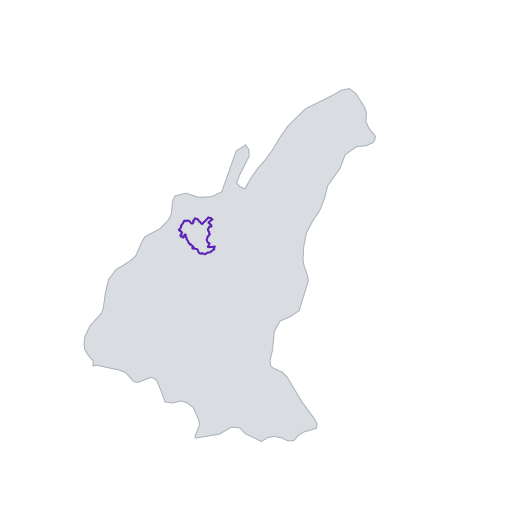 San Francisco de Macorís, Duarte, Dominican Republic (highlighted), rotated 294°
{"feature_id": "3306468B54253052941239", "entity_name": "San Francisco de Macorís", "entity_type": "district", "adm_level": 2, "iso_a3": "DOM", "parent_name": "Dominican Republic", "parent_adm1": "Duarte", "projection": "orthographic", "projection_center": [-70.214, 19.332], "detail": "fine", "context": "in_parent", "style": "outline", "palette": "violet", "viewbox_px": 512, "rotation_deg": 294, "n_neighbors": 0, "source": "geoboundaries", "source_scale": "gbopen_adm2", "svg_char_len": 6537}
<svg xmlns="http://www.w3.org/2000/svg" viewBox="0 0 512 512"><g transform="rotate(294 256 256)"><path d="M88.8,336.5L89.4,318.4L92.3,311.1L89.8,303.3L78.3,294.9L71.3,284.3L65.1,274.8L66.6,273.5L79.1,273.2L83.5,269.8L92.1,260.2L93.8,252.5L93.2,246.6L87.8,239.6L85.7,232.2L92.5,225.8L101.4,216.5L102.7,212.9L102.5,209.4L92.3,199.4L91.6,195.1L96.5,184.4L96.1,177.3L91.5,155.1L89.3,151.8L93.9,150.0L96.9,143.4L101.0,137.5L106.3,134.4L112.4,132.5L124.4,132.7L140.9,138.0L145.6,137.9L161.6,133.3L174.8,130.8L187.3,133.8L192.3,137.8L202.5,144.2L207.7,146.1L223.9,146.0L228.4,146.7L242.0,157.2L253.5,161.3L260.2,161.5L272.1,157.5L278.0,157.6L284.9,166.6L286.2,179.4L291.9,191.1L300.7,198.6L343.7,195.2L353.3,201.3L350.1,206.4L344.0,209.2L323.5,208.1L314.6,208.7L312.8,213.8L312.8,218.5L324.8,219.6L336.5,221.9L348.5,225.6L360.7,228.1L374.4,229.7L388.0,232.3L410.6,241.3L435.7,262.0L442.4,266.7L446.9,273.2L444.9,281.3L436.1,294.7L431.1,299.0L423.7,301.6L418.7,307.1L413.9,316.4L410.9,317.2L407.4,316.9L401.4,311.7L397.0,303.6L384.9,296.2L370.6,297.2L349.5,292.9L336.7,295.1L323.9,295.7L310.8,293.5L297.7,292.7L284.6,295.6L271.8,300.4L267.1,303.5L259.0,311.1L254.6,313.9L223.6,317.6L214.7,312.1L206.4,304.5L194.5,303.4L177.2,309.2L166.4,311.3L162.0,313.8L160.7,316.6L160.6,327.2L158.1,333.6L141.1,357.8L131.5,374.8L127.5,380.1L123.0,381.2L114.7,371.3L109.4,367.7L102.9,365.8L100.1,360.6L100.3,353.2L98.6,346.0L94.6,340.3L88.8,336.5Z" fill="#d9dde1" stroke="#a8b0b8" stroke-width="1"/><path d="M271.6,201.2L271.6,200.8L271.7,200.6L271.8,200.4L272.2,199.9L272.3,199.5L272.4,199.4L272.3,199.2L272.0,198.7L271.9,198.6L271.9,198.1L271.9,197.7L271.9,196.8L271.6,196.6L271.4,196.6L270.7,196.5L270.4,196.5L270.0,196.3L269.5,196.1L269.1,196.0L268.6,195.8L268.2,195.6L267.6,195.5L267.0,195.2L266.6,195.0L266.4,194.9L266.0,194.7L265.4,194.4L265.2,194.3L264.5,194.3L264.2,194.3L263.6,194.0L263.5,193.9L263.4,193.8L263.3,193.7L263.3,193.4L263.3,193.2L263.5,192.7L263.6,192.2L263.8,191.9L264.3,191.4L264.4,191.1L264.5,190.8L264.5,190.0L264.5,189.8L264.5,189.7L264.9,189.2L265.2,188.9L265.6,188.6L265.8,187.7L265.9,187.2L265.8,186.8L265.7,186.6L265.7,185.7L265.7,185.4L265.6,185.2L265.5,184.9L265.4,184.8L265.1,184.8L264.8,184.9L264.5,185.0L264.3,185.0L264.0,185.0L263.9,184.9L263.4,184.6L263.2,184.4L262.8,184.4L262.4,184.4L262.2,184.4L262.1,184.5L261.9,184.9L261.7,185.2L261.4,185.2L261.1,185.1L260.9,185.0L260.2,185.0L259.9,184.9L259.7,184.5L259.6,184.3L259.5,183.9L259.5,183.4L259.6,183.2L260.0,182.5L260.5,181.6L260.7,181.3L260.7,181.2L260.8,180.8L260.8,179.5L260.7,179.2L260.5,178.9L260.4,178.8L260.1,178.7L259.7,178.5L259.6,178.3L259.6,178.2L259.5,177.3L259.5,177.0L259.5,176.9L259.2,176.3L259.1,176.1L258.8,176.0L258.7,176.0L258.3,176.0L257.9,176.2L257.5,176.2L257.4,176.2L257.0,176.0L256.9,176.0L256.2,175.9L255.9,175.9L255.5,175.7L255.4,175.7L255.0,175.6L254.2,175.6L253.4,175.1L252.7,175.6L252.2,175.8L251.9,175.9L251.5,175.7L251.4,175.7L250.7,175.6L250.2,175.4L249.4,175.3L249.2,175.2L248.6,174.9L248.2,175.6L248.0,176.0L248.0,176.3L248.2,176.7L248.3,176.8L248.3,177.0L248.2,177.1L247.9,177.4L247.8,177.7L247.6,177.9L247.5,178.0L247.5,178.6L247.4,178.7L247.3,178.9L247.1,179.0L246.9,179.0L246.1,179.0L245.6,179.0L245.5,178.9L245.3,178.9L244.8,178.5L244.7,178.4L244.3,178.5L243.8,178.9L243.5,179.1L243.3,179.2L243.3,179.3L243.2,179.5L243.3,179.7L243.4,179.8L243.7,180.1L243.8,180.5L243.8,180.9L243.7,181.1L243.6,181.3L243.3,181.6L243.3,181.8L243.2,181.9L243.3,182.0L243.5,182.1L244.0,182.0L244.4,181.9L244.5,181.9L244.7,182.0L244.7,182.4L244.8,182.6L245.1,182.7L245.3,182.6L245.5,182.5L245.9,182.2L246.1,182.1L246.3,182.2L246.7,182.4L246.9,182.5L246.9,182.9L246.9,183.1L246.7,183.3L246.3,183.1L246.1,183.1L245.4,183.4L245.1,183.6L244.9,183.8L244.8,184.0L244.7,184.2L244.7,184.8L244.7,185.0L244.0,185.2L243.8,185.3L243.7,185.3L243.5,185.5L243.4,185.6L243.3,185.8L243.2,185.9L243.1,186.2L243.1,186.3L242.7,186.6L242.4,187.0L242.2,187.4L241.8,187.9L241.6,188.3L241.3,188.6L241.1,188.7L240.9,188.8L240.6,188.9L240.5,189.0L240.4,189.2L240.4,189.3L240.4,190.1L240.4,190.4L240.3,190.6L240.1,190.9L240.0,191.0L239.6,191.1L239.6,191.3L239.7,191.7L239.9,192.2L240.0,192.3L239.9,192.5L239.6,192.9L239.5,193.0L239.4,193.4L239.2,193.9L239.1,194.4L239.0,194.8L238.9,195.1L238.8,195.3L238.7,195.3L238.4,195.3L238.2,195.0L237.9,194.6L237.6,194.5L237.4,194.6L237.0,195.1L237.1,195.3L237.2,195.5L237.3,195.6L237.7,195.8L237.8,196.0L237.9,196.3L237.9,196.5L237.7,197.0L237.7,197.3L237.9,197.7L238.0,198.4L238.2,198.9L238.2,199.1L238.3,199.3L238.2,199.6L238.0,200.0L237.2,200.8L236.9,201.2L236.5,201.5L236.3,201.7L236.2,201.9L235.8,202.5L235.5,203.2L235.5,203.4L235.5,203.7L235.5,204.0L235.7,204.4L235.8,204.8L235.8,205.0L236.1,205.2L236.2,205.3L236.5,205.4L236.7,205.5L236.7,205.9L236.7,208.1L236.8,208.5L237.0,208.8L237.3,209.1L237.5,209.2L238.6,209.8L239.1,210.1L239.4,210.3L239.6,210.5L239.8,211.1L239.9,211.3L240.3,211.8L240.5,212.2L240.6,212.3L240.7,212.5L240.9,212.7L241.0,212.7L241.7,213.0L242.1,213.2L242.2,213.3L242.3,213.5L242.5,213.6L243.2,214.0L243.6,214.1L243.8,214.2L244.0,214.3L244.5,214.7L244.6,214.8L244.8,214.9L245.0,215.0L245.1,214.8L245.2,214.7L245.5,214.6L245.8,214.3L245.9,214.2L246.0,214.2L246.4,214.5L246.5,214.6L246.9,214.6L247.2,214.5L247.5,214.4L247.8,214.4L247.8,214.2L247.7,214.0L247.5,213.9L247.3,213.7L247.0,213.2L246.8,212.9L246.6,212.5L246.5,212.2L246.3,211.9L246.2,211.6L245.8,211.0L245.7,210.9L245.6,210.4L245.1,209.8L244.8,209.1L244.7,208.9L244.7,208.7L244.8,208.5L244.8,208.4L245.1,208.2L245.3,208.2L245.6,208.2L246.1,208.4L246.4,208.5L248.2,208.5L248.5,208.5L248.6,208.4L248.8,208.1L248.7,206.7L248.8,206.4L248.9,206.2L249.2,205.9L250.2,204.9L250.4,204.7L250.6,204.5L251.2,204.2L251.5,204.2L253.3,204.2L253.7,204.1L254.0,204.0L254.2,203.9L254.4,204.0L255.3,204.5L256.3,204.8L256.5,204.6L256.9,204.7L257.0,204.8L257.1,204.7L257.3,204.6L257.5,204.4L257.8,203.9L258.0,203.7L258.8,203.6L259.0,203.5L259.1,203.4L259.2,203.2L259.3,202.8L259.3,202.6L259.6,202.1L259.7,201.9L259.9,201.8L260.4,201.5L261.0,201.2L261.4,201.1L261.6,201.2L262.0,201.4L262.4,201.4L262.8,201.4L263.7,201.4L263.9,201.5L264.0,201.5L264.3,202.1L264.4,202.4L264.6,202.7L264.7,203.1L265.2,203.0L265.4,203.0L265.8,202.7L266.0,202.6L266.1,202.1L266.3,201.8L266.4,201.2L266.6,200.7L266.7,200.3L266.9,199.9L267.0,199.3L267.1,199.2L267.3,199.0L267.6,199.0L267.8,199.0L268.1,199.4L268.2,199.5L268.3,199.6L268.8,199.7L269.1,199.9L269.6,200.0L269.8,200.0L270.0,200.2L270.4,200.6L270.6,200.8L271.3,201.1L271.6,201.2Z" fill="none" stroke="#5b21b6" stroke-width="2"/></g></svg>